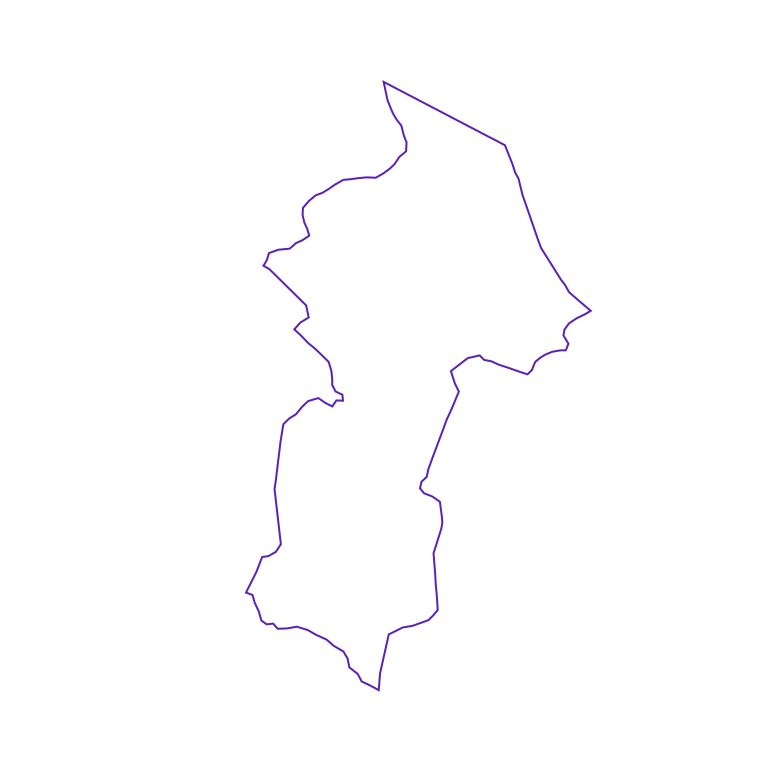 the district of Conceição do Almeida, Bahia, Brazil, rotated 144°
{"feature_id": "56859067B50391842277860", "entity_name": "Conceição do Almeida", "entity_type": "district", "adm_level": 2, "iso_a3": "BRA", "parent_name": "Brazil", "parent_adm1": "Bahia", "projection": "mercator", "projection_center": [-39.241, -12.859], "detail": "fine", "context": "isolated", "style": "outline", "palette": "violet", "viewbox_px": 768, "rotation_deg": 144, "n_neighbors": 0, "source": "geoboundaries", "source_scale": "gbopen_adm2", "svg_char_len": 2074}
<svg xmlns="http://www.w3.org/2000/svg" viewBox="0 0 768 768"><g transform="rotate(144 384 384)"><path d="M154.5,471.0L153.6,478.0L151.0,485.7L145.8,506.0L149.5,513.6L153.9,522.3L199.7,614.5L206.7,628.6L214.3,611.6L216.2,604.2L217.7,597.7L218.4,590.7L218.1,582.7L221.8,573.7L223.7,566.3L229.3,559.3L238.1,558.7L246.2,555.7L252.4,554.8L261.0,554.8L269.4,555.7L276.6,561.4L284.6,566.1L291.2,569.6L296.9,573.1L306.2,574.1L314.5,574.3L321.6,574.9L328.5,576.8L337.3,576.2L346.1,574.1L350.5,568.6L353.5,561.6L354.9,554.8L357.3,547.9L365.7,548.3L372.3,549.7L380.7,548.9L390.7,554.8L400.1,557.5L406.1,553.0L412.0,550.5L409.2,544.2L400.8,493.4L405.8,482.1L415.5,482.9L424.5,480.9L422.8,472.9L421.2,461.2L419.2,454.0L417.6,445.3L415.8,434.3L419.0,425.3L422.8,418.7L426.4,413.8L427.6,406.5L424.0,399.7L427.0,394.6L432.2,398.7L439.0,396.2L442.6,403.2L445.4,411.2L455.6,414.8L464.6,413.5L472.8,411.3L481.2,411.8L489.1,410.6L501.5,398.3L529.4,368.3L534.3,363.4L561.6,315.0L570.0,311.8L578.8,312.7L584.2,315.7L597.8,306.9L618.2,296.4L614.4,290.5L617.2,282.9L618.9,273.9L622.2,264.7L620.2,258.5L614.5,255.3L613.9,248.5L606.4,243.4L597.2,238.9L590.4,229.9L586.4,221.0L580.7,211.0L578.5,201.6L574.1,191.5L574.8,183.4L578.6,175.1L575.7,164.9L576.9,156.4L572.2,147.8L568.2,139.4L557.2,152.3L527.3,178.6L511.9,176.0L502.9,171.5L486.8,166.8L479.6,168.0L473.4,169.6L469.3,176.0L464.3,184.0L460.6,190.4L453.7,201.1L443.4,218.0L436.4,223.1L422.4,233.5L418.0,237.9L414.2,244.4L408.0,255.9L411.1,264.7L415.8,272.0L416.2,278.4L411.1,282.9L403.9,283.8L398.6,288.7L388.3,295.7L368.5,308.8L362.1,313.0L355.1,317.8L343.5,324.3L327.9,333.9L326.3,342.9L322.3,355.1L312.3,355.4L301.0,355.7L289.8,350.9L288.8,344.6L283.8,339.3L280.0,332.5L273.1,322.9L266.8,313.7L262.2,307.5L256.2,308.3L248.7,313.0L242.7,313.4L236.5,313.0L229.0,311.2L221.8,307.7L217.1,304.4L211.1,308.2L210.3,317.8L205.9,322.0L198.7,324.3L189.3,323.9L180.5,322.3L173.7,321.7L177.1,335.5L180.3,349.3L179.3,357.9L179.5,364.3L177.0,401.6L174.8,409.6L164.8,442.3L160.8,455.6L154.5,471.0Z" fill="none" stroke="#5b21b6" stroke-width="2"/></g></svg>